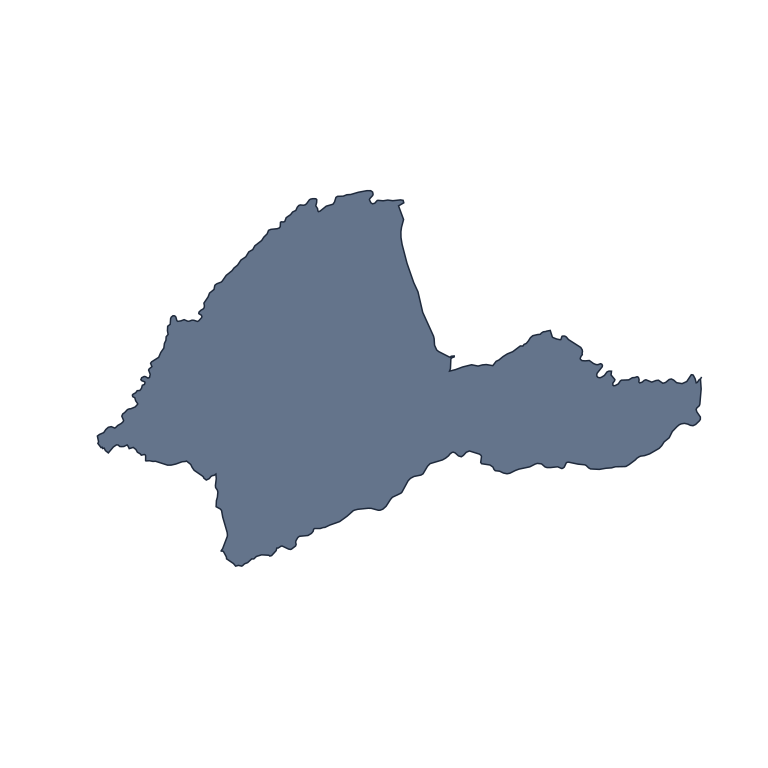 the district of Saraphi, Chiang Mai, Thailand, rotated 239°
{"feature_id": "78962969B91762901064506", "entity_name": "Saraphi", "entity_type": "district", "adm_level": 2, "iso_a3": "THA", "parent_name": "Thailand", "parent_adm1": "Chiang Mai", "projection": "robinson", "projection_center": [99.016, 18.691], "detail": "fine", "context": "isolated", "style": "filled", "palette": "slate", "viewbox_px": 768, "rotation_deg": 239, "n_neighbors": 0, "source": "geoboundaries", "source_scale": "gbopen_adm2", "svg_char_len": 6171}
<svg xmlns="http://www.w3.org/2000/svg" viewBox="0 0 768 768"><g transform="rotate(239 384 384)"><path d="M579.5,418.5L580.3,416.3L580.3,414.9L578.4,410.4L578.2,408.6L578.7,407.0L580.6,404.5L580.9,402.9L580.2,400.7L578.2,397.8L578.5,394.2L577.3,391.2L577.0,385.9L574.4,382.6L574.7,381.2L575.9,379.5L575.9,378.5L572.3,376.1L571.7,374.6L572.1,372.5L574.8,366.7L575.2,364.2L572.9,361.2L571.8,356.7L570.0,353.0L569.0,344.5L566.8,340.7L566.9,336.2L564.2,331.0L563.9,325.2L561.3,319.7L560.7,315.2L559.4,312.1L558.4,304.7L555.5,298.3L555.2,296.9L556.0,292.6L555.9,290.4L555.4,289.5L552.6,287.0L551.8,281.3L549.2,278.0L546.1,271.3L543.5,270.3L542.1,269.2L541.5,267.9L541.5,264.8L540.9,262.4L539.7,261.5L537.0,262.9L535.5,262.6L534.8,261.8L533.6,257.8L533.7,256.3L536.5,253.9L537.6,252.3L538.2,249.3L538.8,248.2L542.1,245.8L542.7,242.5L543.9,239.5L545.1,239.1L548.6,240.1L550.2,239.7L551.2,238.3L550.9,236.1L550.0,234.8L545.3,231.5L544.9,228.3L541.2,225.8L537.7,224.5L536.7,221.6L533.8,219.6L531.9,216.7L528.2,213.8L526.0,208.9L522.9,204.6L522.7,196.2L522.0,194.6L518.4,194.0L517.9,190.5L517.2,189.4L512.7,188.6L510.4,186.4L510.6,184.7L513.1,183.4L514.0,182.3L514.2,179.5L512.9,177.8L511.5,178.1L509.1,180.0L508.2,179.8L507.0,178.4L507.4,176.2L505.2,173.9L504.2,171.4L505.4,169.0L504.4,166.7L504.5,163.6L504.1,162.6L502.6,162.1L500.5,163.3L497.5,162.5L493.9,162.7L493.5,162.3L492.5,158.9L493.2,154.2L493.9,152.8L494.2,150.9L493.1,147.0L492.9,144.6L491.5,142.7L486.8,142.0L486.1,141.1L485.5,138.5L485.6,134.5L484.9,131.5L484.9,130.5L487.9,128.3L488.9,125.4L488.3,122.2L486.7,118.7L487.3,114.1L487.0,111.5L481.5,109.6L480.4,108.1L475.2,108.7L475.0,109.8L473.6,109.6L473.2,111.1L470.4,110.9L466.9,112.2L469.4,119.6L469.6,123.4L468.6,124.7L466.5,125.3L465.4,126.9L464.4,128.8L464.1,132.4L462.4,132.6L459.8,132.3L458.8,136.4L455.6,137.6L452.5,137.5L449.6,139.1L448.0,139.3L447.0,142.3L446.2,142.8L445.2,142.7L441.1,140.2L440.7,140.3L439.0,143.5L436.6,146.1L435.5,148.3L425.9,156.7L424.1,159.8L422.6,164.4L421.3,171.0L419.9,173.8L419.7,175.0L414.6,176.9L411.5,176.6L407.8,176.8L399.0,180.8L397.6,181.3L396.1,181.1L393.2,182.2L392.9,185.5L393.9,188.1L393.8,190.0L393.2,191.2L393.4,193.5L389.3,191.5L383.8,187.2L381.9,186.3L378.9,186.5L376.9,185.9L372.8,182.9L370.4,180.3L365.3,176.9L361.2,179.3L359.2,179.6L353.0,177.2L337.5,173.1L335.2,172.0L334.1,171.2L326.0,160.9L324.9,158.5L324.6,158.4L323.7,159.8L322.7,160.1L316.9,159.8L315.2,159.0L307.6,162.5L304.3,163.0L303.5,165.8L301.2,168.2L301.1,169.2L301.7,171.8L301.1,175.1L302.2,180.5L301.1,182.3L301.9,185.8L300.6,191.1L296.5,197.1L295.3,197.5L294.8,199.3L296.7,205.7L298.6,207.6L297.9,208.8L298.0,212.3L297.5,213.3L291.6,217.2L290.3,218.7L290.1,219.7L290.7,224.8L291.8,226.1L293.7,226.7L295.0,227.8L296.8,231.1L297.0,233.1L293.3,240.8L293.3,244.9L294.2,247.4L295.7,248.8L295.9,250.0L293.0,254.8L292.3,257.9L291.5,259.5L291.0,264.8L288.9,275.1L289.7,284.3L291.2,292.2L291.1,293.6L290.1,297.0L285.6,306.5L284.0,309.0L278.7,314.1L277.8,315.7L277.3,318.6L278.1,322.8L281.7,330.1L282.6,332.8L281.7,342.3L282.0,343.6L288.6,354.8L289.5,358.1L289.3,362.1L286.9,368.8L286.9,371.2L291.1,379.0L292.0,382.5L288.8,395.0L288.7,398.6L289.2,402.4L290.0,404.3L290.3,406.9L290.0,408.2L288.3,409.5L284.0,410.8L281.8,412.8L281.9,415.3L283.1,419.3L282.6,422.7L274.6,429.8L272.8,430.4L271.6,430.2L267.0,426.5L265.4,426.6L260.0,433.1L256.7,434.6L254.2,434.3L252.4,434.7L249.7,438.2L246.2,440.5L243.7,443.2L242.7,445.9L242.2,452.2L241.5,455.9L237.9,466.3L237.5,472.3L237.0,474.5L234.4,477.9L230.0,479.3L228.4,480.7L226.6,483.7L223.6,490.2L220.1,492.7L219.7,493.7L219.9,495.7L222.5,499.6L222.6,500.4L222.0,501.9L215.4,509.0L211.3,514.5L210.1,515.3L206.7,516.2L204.8,517.3L199.9,524.6L197.4,531.0L194.9,535.9L193.9,539.7L189.3,547.7L188.7,549.0L188.7,552.8L189.5,560.5L190.1,562.4L190.2,565.2L190.0,566.8L188.4,570.5L187.3,575.7L187.1,586.7L188.1,590.3L190.1,594.3L191.0,600.7L194.8,606.7L196.6,613.4L197.0,616.2L196.7,618.4L195.5,621.3L193.1,623.8L190.8,625.3L189.1,627.4L188.8,630.3L190.0,635.5L190.8,637.0L192.8,638.2L198.9,637.8L201.4,638.4L202.3,639.7L203.0,643.1L204.1,644.4L216.4,653.3L225.2,657.8L226.5,659.9L225.5,658.3L225.3,656.1L224.0,653.4L224.2,652.2L228.2,653.4L231.9,653.6L232.7,653.5L233.7,652.2L230.2,644.8L230.8,639.7L234.4,635.5L238.2,634.3L240.3,632.9L241.0,630.8L240.3,626.1L241.0,623.4L245.9,621.2L246.9,619.0L247.7,614.5L252.7,610.7L253.1,609.0L252.6,606.3L253.2,603.8L254.6,603.5L256.1,604.8L258.0,605.4L259.2,605.3L259.9,604.7L260.4,602.3L261.5,600.1L261.5,595.9L265.0,589.5L264.9,588.1L263.4,584.8L263.6,581.2L264.3,579.9L265.0,579.6L266.8,580.5L268.0,583.3L268.9,584.2L274.8,583.3L277.8,585.6L279.2,583.5L279.5,581.4L277.8,577.3L277.8,573.9L278.1,572.3L279.6,570.7L281.1,570.5L282.6,571.3L283.5,572.3L286.4,580.0L287.6,580.9L289.0,580.8L289.9,580.0L290.4,577.3L291.5,575.7L293.7,574.1L298.4,572.1L300.2,568.4L302.1,565.7L304.1,565.1L304.8,565.3L306.2,567.0L307.0,569.1L308.4,569.7L309.5,570.8L311.2,571.5L314.0,571.5L327.1,565.0L330.4,564.5L332.0,563.6L333.0,562.0L333.2,561.1L331.0,558.5L331.2,557.8L333.7,555.1L336.9,552.7L337.6,552.5L344.3,554.1L345.6,550.5L345.6,549.9L346.7,547.4L346.6,545.0L346.1,543.6L347.3,541.1L348.8,536.4L348.3,533.4L346.5,529.8L345.5,526.9L345.8,524.4L345.0,522.6L346.4,520.4L345.4,511.0L346.3,505.2L346.2,500.2L345.4,494.9L345.7,491.8L343.7,486.7L348.0,481.7L349.7,478.2L350.9,473.9L355.4,469.0L358.1,460.2L359.5,452.7L361.3,446.8L363.0,448.9L371.0,454.2L371.5,455.4L371.1,458.2L371.9,458.6L373.2,455.9L372.8,454.6L373.8,453.7L383.6,447.6L386.0,446.7L391.2,447.3L397.0,450.3L399.5,451.1L425.5,454.1L445.5,460.6L455.6,461.7L475.6,465.9L494.3,471.4L500.8,474.0L505.8,476.9L509.4,479.8L514.9,485.5L529.2,488.2L529.1,494.3L531.6,495.0L533.3,493.0L536.6,485.9L539.7,482.0L541.5,477.6L544.5,473.5L544.8,472.7L543.7,469.1L544.4,466.9L546.1,466.1L549.5,466.4L550.2,467.3L551.4,471.4L552.3,472.4L554.4,473.1L556.5,472.2L558.5,469.0L561.6,460.7L563.6,453.0L565.4,449.6L566.0,445.8L568.8,440.8L568.7,438.9L565.5,435.3L564.4,432.8L566.2,426.1L565.1,418.2L565.5,416.6L566.5,416.5L568.6,417.4L571.9,417.3L574.2,419.7L576.6,421.3L577.9,421.0L579.5,418.5Z" fill="#64748b" stroke="#1e293b" stroke-width="1.5"/></g></svg>